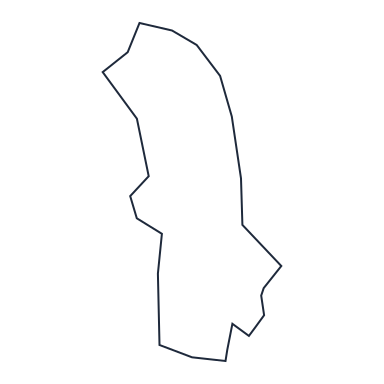 the Metropolitan Borough of Knowsley
{"feature_id": "GBR-5666", "entity_name": "Knowsley", "entity_type": "Metropolitan Borough", "adm_level": 1, "iso_a3": "GBR", "parent_name": "United Kingdom", "parent_adm1": "", "projection": "albers", "projection_center": [-2.836, 53.422], "detail": "fine", "context": "isolated", "style": "outline", "palette": "slate", "viewbox_px": 384, "rotation_deg": 0, "n_neighbors": 0, "source": "natural_earth", "source_scale": "10m", "svg_char_len": 445}
<svg xmlns="http://www.w3.org/2000/svg" viewBox="0 0 384 384"><path d="M225.5,361.0L192.0,357.3L159.5,345.0L157.9,273.6L161.9,233.8L136.8,218.3L130.2,196.1L148.7,176.2L136.9,118.7L102.7,72.1L127.7,52.2L139.5,23.0L172.0,30.5L196.7,45.0L220.1,75.9L231.8,116.5L241.0,178.4L242.4,224.9L281.3,266.0L263.7,288.1L261.2,295.6L264.1,315.2L255.3,327.3L248.9,335.9L232.4,323.8L227.3,349.7L225.5,361.0Z" fill="none" stroke="#1e293b" stroke-width="2"/></svg>